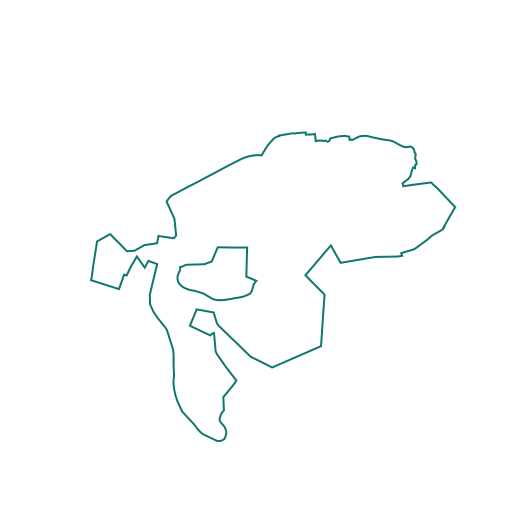 the district of Staicele, Alojas, Latvia, rotated 124°
{"feature_id": "27541924B49532030133644", "entity_name": "Staicele", "entity_type": "district", "adm_level": 2, "iso_a3": "LVA", "parent_name": "Latvia", "parent_adm1": "Alojas", "projection": "albers", "projection_center": [24.758, 57.834], "detail": "fine", "context": "isolated", "style": "outline", "palette": "teal", "viewbox_px": 512, "rotation_deg": 124, "n_neighbors": 0, "source": "geoboundaries", "source_scale": "gbopen_adm2", "svg_char_len": 3745}
<svg xmlns="http://www.w3.org/2000/svg" viewBox="0 0 512 512"><g transform="rotate(124 256 256)"><path d="M287.3,334.1L293.9,348.0L299.8,345.6L300.7,345.1L309.4,354.6L319.6,359.7L321.9,362.7L324.2,365.6L322.2,375.3L320.3,385.0L319.4,389.2L332.8,395.9L355.5,385.3L355.7,385.2L356.6,384.8L357.4,384.3L364.6,380.8L368.3,379.1L360.7,353.2L360.4,352.2L360.0,351.1L352.6,353.0L345.2,354.9L344.8,353.6L344.5,352.4L340.8,352.9L337.1,353.5L336.0,353.6L334.9,353.8L328.8,354.1L323.0,354.5L327.9,341.7L320.2,342.5L318.0,333.4L347.5,322.4L355.3,316.8L359.6,309.8L362.6,302.3L365.8,291.7L366.9,289.0L369.8,285.1L372.2,282.2L377.1,275.9L380.0,272.4L384.0,269.1L392.4,263.4L401.1,257.0L406.2,254.3L409.9,251.4L412.2,249.4L416.7,244.7L420.3,240.0L426.2,230.3L430.2,213.4L431.1,210.4L432.2,207.5L432.9,204.6L433.4,200.3L431.1,185.0L430.4,183.5L429.1,182.0L428.1,181.2L425.6,179.9L423.7,180.1L422.9,180.4L420.3,181.1L418.4,182.2L417.0,183.9L416.2,184.9L415.3,186.3L413.4,192.8L412.7,194.0L412.2,194.5L410.9,195.3L406.4,196.6L406.0,196.5L404.5,196.6L401.9,196.3L391.2,204.2L378.5,202.9L373.4,202.6L371.3,202.7L370.2,202.6L365.0,218.5L358.9,234.2L357.3,236.4L343.4,247.7L344.1,248.6L345.1,248.9L347.4,249.5L350.8,271.8L333.4,275.3L326.5,259.5L333.1,251.4L333.4,250.9L334.4,249.3L334.5,249.0L338.0,229.3L342.5,203.9L340.2,187.0L339.4,180.3L294.4,151.7L282.0,158.8L281.6,159.1L249.7,177.6L246.1,195.5L246.0,196.3L245.1,200.3L244.3,204.3L235.1,203.2L225.9,202.2L219.1,201.4L212.4,200.7L205.4,199.8L208.5,193.6L209.0,192.7L214.3,182.0L196.3,163.1L195.6,162.4L190.6,157.1L189.2,155.2L187.9,153.5L177.2,138.2L174.1,134.9L172.4,137.2L168.4,133.9L161.7,128.5L147.4,123.3L140.6,121.5L135.2,118.8L129.7,116.1L128.3,116.1L127.0,116.1L127.1,116.3L127.2,116.5L115.6,117.4L104.1,118.2L104.0,118.7L98.1,145.0L98.1,146.9L97.1,151.9L103.4,159.1L109.1,165.6L109.8,166.3L115.8,173.0L114.7,174.0L113.7,175.1L110.5,174.0L107.4,172.9L103.8,172.6L98.0,174.5L94.8,175.3L94.3,173.3L91.8,174.9L90.1,174.2L88.7,175.3L87.5,176.4L86.5,178.3L84.2,179.6L83.4,180.0L82.1,180.7L81.5,182.5L79.4,184.4L78.8,186.1L78.6,186.7L78.9,189.3L81.2,191.6L82.6,193.8L83.3,196.4L83.7,199.7L84.2,205.9L85.1,209.1L86.3,211.7L87.6,214.2L89.6,218.5L90.9,222.0L92.4,225.6L94.3,230.9L95.4,232.7L98.0,236.2L99.9,237.7L104.6,240.2L106.3,241.3L106.1,242.1L106.3,242.6L106.8,243.1L107.3,243.3L104.9,245.6L105.2,246.1L107.0,249.9L111.0,254.8L117.1,260.3L118.6,259.7L120.4,259.9L121.2,260.5L121.4,261.2L121.3,262.3L121.4,262.7L121.6,263.1L122.6,263.7L122.9,264.5L123.4,265.9L124.7,267.6L124.9,268.2L127.4,270.6L121.8,275.4L123.8,277.4L124.9,278.9L127.5,282.6L125.8,283.7L126.7,285.0L127.6,286.3L129.3,288.3L130.9,290.4L132.0,291.6L133.1,292.8L133.7,294.2L143.2,304.2L143.4,304.0L143.6,303.8L144.4,304.5L145.3,305.2L146.3,305.8L147.2,306.4L148.7,306.8L150.1,307.2L153.6,307.6L157.1,308.1L158.7,308.1L160.3,308.1L164.8,307.9L169.4,307.6L170.7,309.8L172.0,311.8L172.8,312.8L173.9,314.1L176.2,316.5L178.1,318.3L180.1,319.9L182.7,321.7L185.4,323.3L187.9,324.7L194.2,328.2L199.9,331.3L200.5,331.6L228.6,346.5L233.6,349.3L234.7,350.0L253.0,359.7L253.5,360.0L254.0,360.2L260.8,360.7L270.8,344.4L283.6,333.7L287.3,334.1ZM281.3,290.4L277.9,291.1L270.2,292.6L267.8,289.0L267.2,288.0L263.7,282.7L262.0,280.0L261.8,279.7L253.9,268.1L278.5,252.5L277.4,247.2L276.4,241.9L280.2,242.2L287.6,239.8L291.0,240.0L296.4,243.5L300.4,247.3L302.8,250.0L306.1,253.3L310.5,258.0L313.4,262.0L314.9,264.9L315.8,267.6L316.6,278.9L319.1,287.2L321.2,291.9L322.4,296.9L322.6,299.8L322.2,302.7L321.7,304.8L320.6,306.5L318.8,308.4L316.3,309.8L315.5,310.1L312.8,310.7L310.8,310.9L308.2,312.2L307.3,312.7L306.9,311.8L303.8,309.9L302.4,309.1L293.7,297.0L291.7,294.2L285.2,289.6L284.5,289.8L281.3,290.4Z" fill="none" stroke="#0f766e" stroke-width="2"/></g></svg>